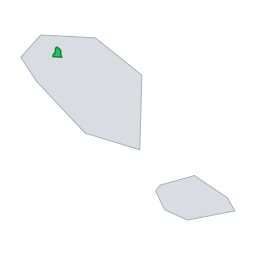 Gudja on a map of Malta (Natural Earth projection), rotated 182°
{"feature_id": "MLT-5966", "entity_name": "Gudja", "entity_type": "state/province", "adm_level": 1, "iso_a3": "MLT", "parent_name": "Malta", "parent_adm1": "", "projection": "natural_earth1", "projection_center": [14.503, 35.844], "detail": "fine", "context": "in_parent", "style": "filled", "palette": "green", "viewbox_px": 256, "rotation_deg": 182, "n_neighbors": 0, "source": "natural_earth", "source_scale": "10m", "svg_char_len": 578}
<svg xmlns="http://www.w3.org/2000/svg" viewBox="0 0 256 256"><g transform="rotate(182 128 128)"><path d="M237.6,195.0L218.5,217.9L163.8,216.9L116.0,181.3L115.5,106.6L170.6,121.4L221.0,171.4L237.6,195.0ZM94.0,72.0L60.0,82.8L26.3,61.7L18.4,48.9L65.5,38.1L88.5,47.6L98.2,65.9L94.0,72.0Z" fill="#d9dde1" stroke="#a8b0b8" stroke-width="1"/><path d="M205.5,196.8L205.2,199.1L204.0,199.9L203.3,201.6L203.2,203.9L203.2,205.2L201.8,206.4L199.3,204.5L198.0,203.3L197.8,200.6L197.8,199.1L196.8,196.4L201.5,196.6L205.5,196.8Z" fill="#22c55e" stroke="#15803d" stroke-width="1.5"/></g></svg>